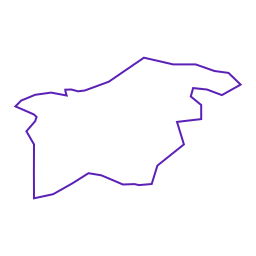 the Municipality of Kokneses
{"feature_id": "LVA-5729", "entity_name": "Kokneses", "entity_type": "Municipality", "adm_level": 1, "iso_a3": "LVA", "parent_name": "Latvia", "parent_adm1": "", "projection": "equal_earth", "projection_center": [25.446, 56.702], "detail": "fine", "context": "isolated", "style": "outline", "palette": "violet", "viewbox_px": 256, "rotation_deg": 0, "n_neighbors": 0, "source": "natural_earth", "source_scale": "10m", "svg_char_len": 602}
<svg xmlns="http://www.w3.org/2000/svg" viewBox="0 0 256 256"><path d="M143.9,57.7L173.1,64.4L195.6,64.4L214.4,71.0L228.5,72.9L240.6,84.6L221.9,95.1L206.9,89.5L193.1,88.1L190.8,96.5L201.2,105.0L201.2,119.1L177.0,121.9L183.9,144.4L157.4,165.6L151.7,184.0L138.9,185.1L134.6,184.1L122.9,184.5L101.3,175.3L88.5,173.2L72.1,183.5L53.1,194.2L34.0,198.3L33.9,172.7L34.0,144.4L26.4,131.3L35.3,121.0L35.8,119.0L36.6,117.0L34.0,114.5L15.4,106.4L21.1,100.6L35.1,94.8L51.1,92.6L66.6,95.5L65.5,91.7L65.3,89.7L71.3,89.5L78.0,91.3L84.8,90.5L108.8,81.7L143.9,57.7Z" fill="none" stroke="#5b21b6" stroke-width="2"/></svg>